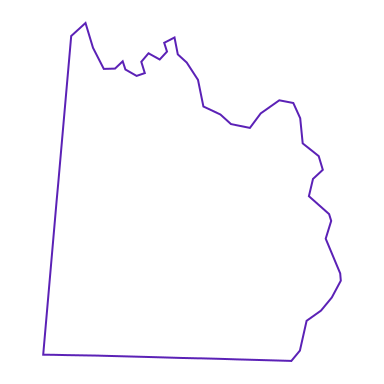 outline of Anson, North Carolina, United States of America
{"feature_id": "52423323B73600596363110", "entity_name": "Anson", "entity_type": "district", "adm_level": 2, "iso_a3": "USA", "parent_name": "United States of America", "parent_adm1": "North Carolina", "projection": "equal_earth", "projection_center": [-80.065, 35.009], "detail": "fine", "context": "isolated", "style": "outline", "palette": "violet", "viewbox_px": 384, "rotation_deg": 0, "n_neighbors": 0, "source": "geoboundaries", "source_scale": "gbopen_adm2", "svg_char_len": 830}
<svg xmlns="http://www.w3.org/2000/svg" viewBox="0 0 384 384"><path d="M71.2,36.0L58.2,183.7L56.7,199.9L43.2,354.7L53.3,354.8L66.6,355.1L97.9,355.6L100.6,355.7L145.0,356.9L162.8,357.4L183.0,358.0L183.7,358.0L196.8,358.3L199.5,358.3L218.5,358.8L228.2,359.1L237.1,359.4L245.1,359.6L290.9,360.9L291.1,361.0L291.3,361.0L299.9,350.6L306.6,320.8L321.0,310.6L331.8,297.5L340.8,280.7L340.2,273.4L325.7,238.7L331.2,220.9L329.1,214.1L308.9,196.2L313.0,178.9L322.8,169.8L318.7,156.1L302.7,143.4L300.2,118.2L293.3,103.0L279.3,100.3L260.7,113.4L249.9,127.9L231.0,124.1L220.4,114.5L203.4,106.5L198.0,79.9L186.7,62.5L177.8,54.4L174.5,37.5L164.2,42.8L167.0,51.6L159.7,59.5L148.5,53.3L141.3,61.8L144.8,73.1L136.6,75.9L125.4,69.5L122.7,61.3L115.0,68.6L103.8,68.9L93.0,47.8L85.5,23.0L71.2,36.0Z" fill="none" stroke="#5b21b6" stroke-width="2"/></svg>